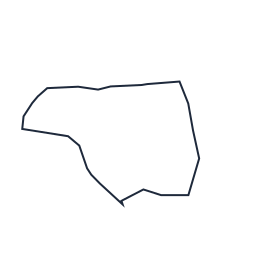 Dong-gu [East District], South Jeolla, South Korea (Equal Earth projection), rotated 310°
{"feature_id": "91817680B89733153975870", "entity_name": "Dong-gu [East District]", "entity_type": "district", "adm_level": 2, "iso_a3": "KOR", "parent_name": "South Korea", "parent_adm1": "South Jeolla", "projection": "equal_earth", "projection_center": [126.949, 35.114], "detail": "fine", "context": "isolated", "style": "outline", "palette": "slate", "viewbox_px": 256, "rotation_deg": 310, "n_neighbors": 0, "source": "geoboundaries", "source_scale": "gbopen_adm2", "svg_char_len": 465}
<svg xmlns="http://www.w3.org/2000/svg" viewBox="0 0 256 256"><g transform="rotate(310 128 128)"><path d="M185.5,158.4L196.7,137.6L174.0,114.5L169.7,110.8L148.7,88.0L138.2,80.4L127.6,63.3L113.6,48.1L106.6,40.5L94.3,38.6L89.1,38.6L85.5,38.6L69.8,40.5L59.3,47.6L83.2,87.4L83.2,102.0L70.8,122.6L68.6,129.9L67.4,142.1L66.0,173.0L68.0,169.8L90.8,179.3L97.8,196.4L115.4,217.4L150.4,202.1L168.0,179.3L185.5,158.4Z" fill="none" stroke="#1e293b" stroke-width="2"/></g></svg>